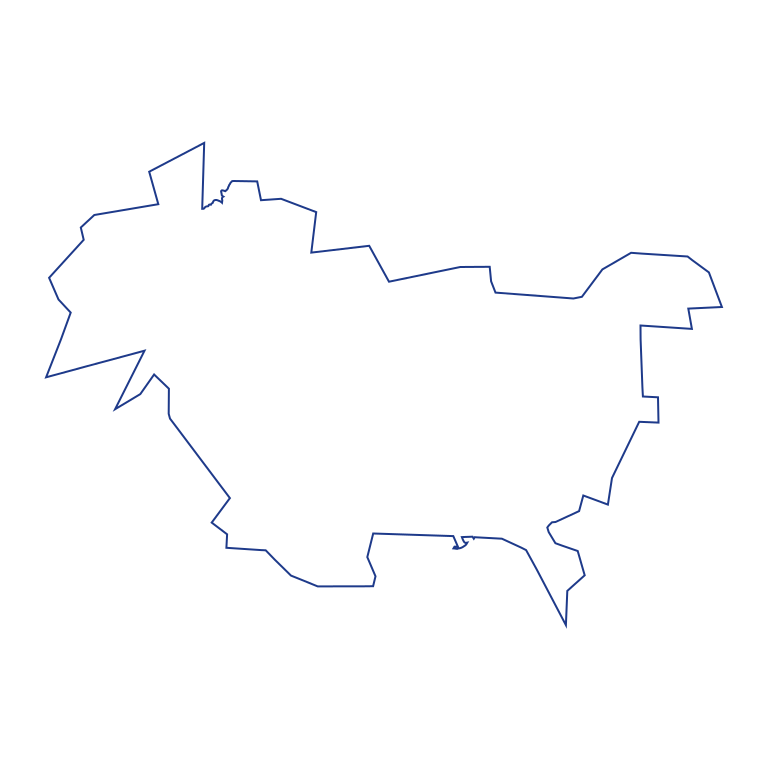 the district of Huásabas, Sonora, Mexico
{"feature_id": "50627088B89429214037854", "entity_name": "Huásabas", "entity_type": "district", "adm_level": 2, "iso_a3": "MEX", "parent_name": "Mexico", "parent_adm1": "Sonora", "projection": "mercator", "projection_center": [-109.391, 29.971], "detail": "fine", "context": "isolated", "style": "outline", "palette": "blue", "viewbox_px": 768, "rotation_deg": 0, "n_neighbors": 0, "source": "geoboundaries", "source_scale": "gbopen_adm2", "svg_char_len": 2709}
<svg xmlns="http://www.w3.org/2000/svg" viewBox="0 0 768 768"><path d="M373.1,586.2L375.5,576.3L367.3,557.1L373.2,533.5L453.3,536.1L457.9,546.7L454.5,546.7L453.5,548.4L454.7,548.5L455.2,548.6L455.7,548.7L456.2,548.7L456.5,548.8L456.9,548.8L457.2,548.8L457.5,548.8L457.7,548.5L459.5,548.3L460.6,548.0L461.1,547.8L461.7,547.6L462.0,547.4L462.6,547.1L463.1,546.8L463.3,546.7L463.7,546.4L464.8,545.7L465.6,545.1L466.3,544.3L466.6,543.8L467.3,542.6L466.3,542.8L465.8,542.9L465.5,542.9L465.3,542.8L465.1,542.7L464.9,542.6L464.7,542.5L464.5,542.3L464.2,542.0L464.0,541.7L463.7,541.3L463.6,541.0L463.0,539.9L462.5,538.7L461.9,537.1L463.9,537.0L472.5,536.7L473.8,538.7L474.7,537.2L477.8,537.4L501.9,538.7L521.4,547.7L526.1,550.1L536.9,569.8L565.9,625.1L567.3,590.9L574.3,584.6L584.7,575.3L581.6,564.6L580.1,559.3L577.7,551.0L562.3,545.7L555.4,543.2L552.5,538.4L548.7,532.1L547.3,527.5L548.8,525.5L552.0,522.3L555.5,522.0L579.1,511.1L583.3,495.5L597.7,500.8L607.9,504.6L612.0,478.0L639.2,421.8L658.5,422.6L658.0,397.3L642.9,396.5L642.4,387.1L640.6,339.4L640.5,325.5L691.9,328.9L688.3,308.6L721.9,307.0L708.9,272.4L692.3,260.2L687.6,256.5L641.8,253.6L631.1,252.8L602.4,269.4L581.9,296.8L573.4,298.5L495.5,292.6L491.1,281.3L489.8,267.8L489.7,266.8L474.3,266.9L460.3,267.0L431.1,273.0L389.0,281.7L369.2,245.8L311.3,252.6L316.2,212.1L281.1,198.8L261.0,200.2L257.2,181.4L233.7,181.0L232.2,181.1L231.8,181.5L231.0,182.3L230.6,182.7L230.2,183.4L230.0,183.9L229.3,184.8L229.0,185.5L228.7,186.3L228.2,187.2L228.0,188.0L227.8,188.6L226.9,189.8L226.3,190.2L226.0,190.6L225.2,191.2L224.3,190.8L223.6,190.6L223.1,190.5L222.0,190.3L221.3,190.8L221.1,191.4L221.2,192.0L221.4,192.8L221.6,193.8L221.8,195.2L222.3,195.8L222.7,196.2L223.3,196.6L223.1,196.7L222.8,196.9L222.6,197.1L222.5,197.3L222.3,197.5L222.2,197.8L222.1,198.0L222.0,198.3L222.0,198.6L222.0,198.9L222.1,199.4L222.3,200.5L222.2,201.2L222.0,202.7L221.8,202.5L221.6,202.3L221.1,202.0L220.4,201.5L220.0,201.3L219.7,201.1L219.0,200.9L217.9,200.4L216.6,200.0L215.4,200.0L214.3,200.3L213.6,200.9L213.1,201.8L212.7,202.9L212.0,203.3L211.6,203.6L211.1,204.2L210.9,204.7L210.0,204.6L209.3,204.6L208.8,205.0L208.5,205.8L208.2,206.2L207.5,206.3L206.2,206.5L205.3,207.0L204.6,207.7L204.3,208.3L203.8,208.6L203.3,208.8L202.2,208.8L204.2,142.9L149.2,171.7L158.3,204.2L94.3,215.0L80.8,227.5L83.7,239.8L49.1,277.8L58.5,299.5L70.7,312.6L61.1,339.0L59.9,342.1L46.1,377.3L86.6,366.3L144.5,350.7L115.1,409.2L140.3,394.1L154.1,374.5L168.9,388.7L168.7,413.8L170.0,418.6L175.6,426.0L219.7,484.6L229.9,498.1L211.7,522.6L227.1,534.3L226.4,547.8L261.2,550.1L265.7,550.3L274.9,559.8L291.0,575.6L299.0,578.8L317.7,586.4L364.7,586.3L373.1,586.2Z" fill="none" stroke="#1e3a8a" stroke-width="2"/></svg>